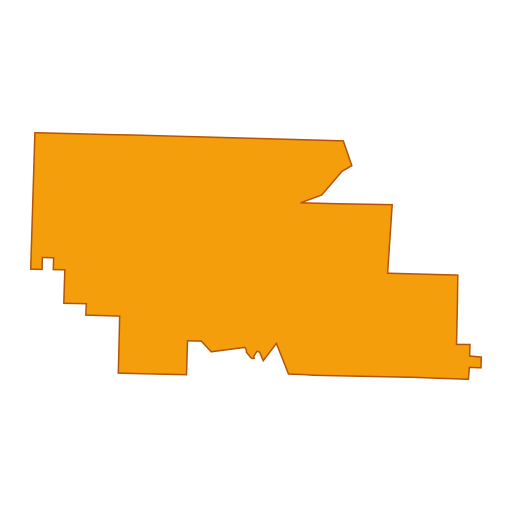 Franklin, Arkansas, United States of America, rotated 270°
{"feature_id": "52423323B69712686179193", "entity_name": "Franklin", "entity_type": "district", "adm_level": 2, "iso_a3": "USA", "parent_name": "United States of America", "parent_adm1": "Arkansas", "projection": "albers", "projection_center": [-93.962, 35.487], "detail": "fine", "context": "isolated", "style": "filled", "palette": "amber", "viewbox_px": 512, "rotation_deg": 270, "n_neighbors": 0, "source": "geoboundaries", "source_scale": "gbopen_adm2", "svg_char_len": 784}
<svg xmlns="http://www.w3.org/2000/svg" viewBox="0 0 512 512"><g transform="rotate(270 256 256)"><path d="M242.6,42.1L254.5,42.3L254.2,53.6L242.4,53.3L242.2,64.8L208.7,63.8L208.3,86.3L196.9,85.8L195.9,119.7L138.9,118.3L138.3,141.1L137.3,186.5L171.2,187.5L170.9,201.3L160.2,211.2L164.6,244.7L161.9,246.5L159.9,246.3L154.5,250.7L153.5,252.2L153.6,254.1L155.5,253.7L160.7,256.9L159.8,259.7L151.3,263.2L168.6,276.4L138.0,288.5L137.4,304.2L136.7,314.3L134.7,412.7L132.7,468.4L144.6,469.4L144.2,481.0L154.9,481.3L156.0,469.6L167.5,470.0L167.6,456.5L202.7,457.3L236.9,457.8L238.8,387.6L307.3,392.2L308.3,335.5L309.2,300.5L317.1,321.8L340.6,341.9L346.4,351.8L371.1,343.3L377.0,132.2L377.4,109.6L379.3,34.9L242.8,30.7L242.6,42.1Z" fill="#f59e0b" stroke="#b45309" stroke-width="1.5"/></g></svg>